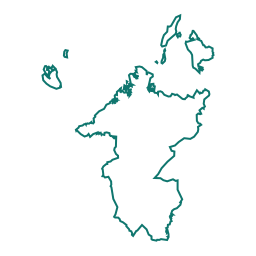 the district of Minahasa Utara, Sulawesi Utara, Indonesia
{"feature_id": "22746128B90516172699691", "entity_name": "Minahasa Utara", "entity_type": "district", "adm_level": 2, "iso_a3": "IDN", "parent_name": "Indonesia", "parent_adm1": "Sulawesi Utara", "projection": "mercator", "projection_center": [124.995, 1.587], "detail": "fine", "context": "isolated", "style": "outline", "palette": "teal", "viewbox_px": 256, "rotation_deg": 0, "n_neighbors": 0, "source": "geoboundaries", "source_scale": "gbopen_adm2", "svg_char_len": 5746}
<svg xmlns="http://www.w3.org/2000/svg" viewBox="0 0 256 256"><path d="M201.2,124.8L200.2,123.7L198.4,123.3L196.9,120.9L196.7,114.9L198.3,113.5L200.1,114.2L201.2,113.8L199.5,110.3L202.3,107.9L203.7,108.7L203.7,107.6L204.9,106.5L203.7,103.8L204.3,99.4L209.0,95.5L209.4,94.1L208.8,91.5L205.2,89.3L204.9,90.3L203.4,90.7L202.5,92.7L200.7,93.2L200.2,92.7L199.7,93.4L196.9,90.3L193.3,96.5L193.5,97.7L189.8,96.4L187.2,94.6L188.0,96.2L185.0,98.8L184.7,99.9L184.7,99.3L182.5,98.9L177.0,94.5L174.3,95.3L174.9,94.7L172.1,93.8L170.5,96.3L168.4,96.5L164.3,94.8L162.2,92.1L160.4,91.3L158.1,91.7L158.0,94.3L157.3,93.1L154.7,92.7L154.3,91.8L152.6,91.0L151.2,91.0L149.6,90.4L149.4,90.5L149.5,91.3L149.4,91.5L148.1,89.6L148.3,88.0L147.6,87.7L148.5,86.6L150.4,78.2L152.8,76.5L152.7,74.4L148.5,72.4L147.6,72.8L146.7,75.0L146.6,71.0L141.9,67.1L139.5,66.5L135.8,67.1L136.6,69.2L136.2,70.8L137.0,71.7L136.2,71.4L136.7,72.3L135.8,72.1L134.5,73.3L136.0,75.9L137.8,75.9L137.9,76.4L136.9,76.9L137.3,78.3L136.3,78.5L135.4,77.2L134.4,77.0L132.6,73.9L130.4,73.8L129.0,75.2L130.9,84.0L130.1,83.3L129.1,83.9L130.4,84.9L131.5,84.3L132.4,84.5L132.9,84.8L131.6,84.9L131.8,86.5L129.9,85.8L129.2,86.7L128.9,85.5L127.1,86.1L129.4,90.5L131.0,89.4L131.6,89.7L130.8,89.7L130.3,90.8L130.8,91.8L129.8,91.6L130.7,94.4L129.8,95.5L130.1,93.7L128.7,91.4L128.6,93.7L128.4,94.0L128.1,94.1L126.8,92.3L124.2,92.7L122.3,90.8L120.9,92.1L120.3,91.7L120.9,88.2L119.9,88.9L119.6,90.4L119.0,90.1L116.9,91.9L117.0,95.0L115.6,94.6L114.7,95.7L115.1,98.9L117.1,98.5L117.8,98.9L116.9,98.7L116.3,99.5L117.3,100.0L116.2,100.2L117.4,102.1L115.0,99.9L114.3,101.4L113.4,101.6L114.9,102.5L115.3,103.9L114.8,102.7L113.5,102.1L112.1,104.0L113.9,100.2L113.5,99.2L112.4,99.6L112.1,100.8L110.2,101.8L109.9,103.2L106.4,104.7L104.1,108.8L99.1,111.3L94.9,115.5L95.3,116.7L93.6,118.4L94.1,122.2L92.7,124.0L92.9,123.3L91.5,123.1L91.4,122.0L89.0,123.7L87.3,123.4L86.7,124.0L86.0,123.8L85.9,124.4L85.6,123.9L84.0,124.3L82.6,125.5L79.2,126.2L78.6,127.6L75.9,129.8L76.2,130.7L76.6,130.1L80.7,134.1L84.6,136.5L87.2,135.6L88.6,134.0L90.1,136.9L93.2,134.1L97.4,132.5L97.0,133.9L99.1,133.0L99.2,133.8L100.7,132.8L101.5,134.8L101.9,134.3L104.3,134.9L104.6,132.8L106.6,132.4L109.4,133.1L109.8,135.2L110.6,136.0L111.8,135.9L114.1,138.3L114.6,138.3L114.2,136.4L116.2,136.6L115.9,146.7L114.6,148.1L114.2,150.1L116.0,154.0L118.0,155.7L118.1,157.8L112.4,159.8L110.6,161.5L107.3,162.2L107.3,164.0L106.2,164.1L103.4,166.4L102.1,168.8L102.7,169.4L103.3,174.5L102.5,176.2L104.1,176.4L105.0,177.5L108.4,176.8L111.1,181.4L111.3,184.7L110.6,186.2L111.4,187.2L113.3,198.9L117.4,207.1L115.5,214.3L114.1,216.8L115.0,217.5L118.2,217.6L119.6,219.0L120.3,221.1L123.0,222.3L126.5,225.0L126.3,226.2L129.2,229.4L129.4,230.7L131.3,231.3L132.2,233.4L131.9,234.8L133.1,235.9L136.3,230.9L137.3,230.6L142.0,225.0L146.6,229.4L148.7,234.6L151.5,236.3L151.5,239.1L152.3,239.8L156.5,240.6L157.1,239.8L159.4,239.9L161.0,239.1L167.1,240.0L168.5,237.2L167.7,236.7L168.5,236.3L168.5,234.2L167.8,231.4L167.0,232.4L167.1,230.6L166.0,232.6L166.4,230.0L167.2,229.6L166.2,228.1L167.7,227.5L167.9,224.8L169.7,224.4L170.5,221.5L171.6,221.1L170.5,218.4L171.8,219.0L170.5,217.3L171.2,216.7L169.4,215.8L171.9,215.9L172.2,214.9L171.3,215.1L171.2,214.6L172.9,214.6L171.3,213.3L172.2,210.7L174.1,209.2L176.9,208.2L180.4,204.8L181.0,202.5L180.3,202.3L182.2,199.3L177.6,189.7L177.6,180.4L175.7,180.9L173.0,179.3L167.2,181.3L163.4,180.2L160.5,178.2L154.6,178.0L158.2,174.1L161.6,168.2L167.5,161.7L174.2,155.9L174.4,151.5L171.6,150.8L169.9,147.0L175.0,145.5L178.7,142.0L184.2,138.2L190.3,138.9L194.1,136.7L197.8,131.9L198.3,129.2L198.0,126.9L201.2,124.8ZM127.6,94.4L128.4,95.3L128.3,96.2L127.6,94.4ZM193.5,30.9L192.7,30.9L192.0,33.7L189.8,35.8L190.9,35.2L189.6,37.9L190.6,39.1L192.0,39.0L193.4,37.7L192.8,39.2L194.0,39.9L187.3,41.8L186.0,41.6L185.6,43.5L187.9,49.5L190.8,52.5L192.1,55.0L192.7,65.8L193.3,67.6L195.4,68.7L199.5,72.8L199.7,70.5L198.9,68.3L203.4,67.9L198.3,66.0L198.1,64.2L200.2,62.8L201.1,60.8L203.2,59.6L204.9,60.3L208.6,60.0L212.6,57.8L212.5,55.7L213.5,55.0L212.9,53.6L213.3,52.9L212.5,51.7L212.6,48.4L208.9,46.5L207.6,47.3L205.6,47.4L204.2,45.3L203.2,45.2L201.3,41.0L198.0,39.4L199.1,39.3L199.2,38.7L198.0,37.8L197.7,38.3L196.8,35.4L193.5,30.9ZM60.6,82.9L57.0,76.9L56.6,74.1L57.1,72.2L55.6,69.0L53.1,70.6L51.9,71.0L49.6,73.7L48.8,76.8L50.3,78.9L47.7,77.2L45.9,75.1L45.4,73.3L42.5,75.4L43.3,80.3L46.5,83.7L50.2,86.3L56.4,88.8L60.1,87.6L60.1,86.5L61.0,86.7L60.6,82.9ZM179.9,19.1L180.2,15.4L176.0,17.3L171.1,25.8L169.6,26.6L167.8,26.5L167.2,31.7L163.9,35.1L162.4,39.3L161.2,45.1L162.2,46.5L166.0,45.5L167.6,40.8L175.7,33.8L176.3,31.4L175.7,29.0L176.2,26.2L177.6,22.3L179.9,19.1ZM47.0,69.9L47.2,67.1L46.0,66.0L45.0,66.2L43.7,69.5L45.8,73.5L47.6,75.0L48.8,73.8L49.2,71.4L48.4,70.0L47.0,69.9ZM165.3,58.9L164.3,53.3L163.3,54.5L163.1,57.8L161.6,61.2L161.5,62.9L162.4,63.5L164.8,61.2L165.3,58.9ZM153.4,83.8L151.1,84.1L150.0,85.7L151.0,86.0L149.6,87.3L149.9,88.6L152.5,88.4L154.2,90.5L154.8,86.4L153.7,86.2L153.4,83.8ZM67.7,50.6L65.4,50.1L64.3,51.7L63.9,55.5L64.6,56.8L67.1,57.4L66.6,53.4L67.7,50.6ZM52.7,70.4L55.5,68.7L52.7,65.8L51.4,68.8L52.7,70.4ZM126.7,89.9L125.6,86.0L124.4,85.3L123.8,89.1L124.5,88.8L125.9,90.7L126.7,89.9ZM179.9,33.4L179.7,31.9L179.4,33.2L176.8,34.5L177.7,36.0L180.2,36.4L180.7,34.8L179.9,33.4ZM201.8,68.6L200.5,69.6L202.1,70.5L202.9,69.5L201.8,68.6ZM50.1,68.1L48.8,66.7L48.1,67.3L48.4,68.1L50.1,68.1ZM164.1,52.4L165.2,50.6L164.9,49.4L164.2,50.3L164.1,52.4ZM151.9,90.7L152.2,90.0L151.5,89.8L150.6,90.3L151.9,90.7ZM156.5,61.4L155.8,61.9L157.2,63.0L157.4,62.6L156.5,61.4ZM126.9,82.5L127.4,81.6L126.8,81.3L126.9,82.5ZM178.1,36.4L177.4,36.5L177.8,37.1L178.1,36.4ZM50.8,67.7L51.4,67.8L51.3,67.4L50.8,67.7Z" fill="none" stroke="#0f766e" stroke-width="2"/></svg>